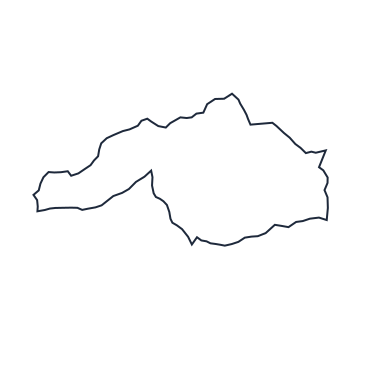 the district of Fernão, São Paulo, Brazil, rotated 47°
{"feature_id": "56859067B16110619340323", "entity_name": "Fernão", "entity_type": "district", "adm_level": 2, "iso_a3": "BRA", "parent_name": "Brazil", "parent_adm1": "São Paulo", "projection": "equal_earth", "projection_center": [-49.55, -22.377], "detail": "fine", "context": "isolated", "style": "outline", "palette": "slate", "viewbox_px": 384, "rotation_deg": 47, "n_neighbors": 0, "source": "geoboundaries", "source_scale": "gbopen_adm2", "svg_char_len": 1497}
<svg xmlns="http://www.w3.org/2000/svg" viewBox="0 0 384 384"><g transform="rotate(47 192 192)"><path d="M304.4,112.6L296.3,103.5L288.3,96.5L281.0,93.8L277.8,86.7L273.9,82.9L265.7,81.2L260.5,82.2L252.8,65.8L247.7,74.7L243.9,77.2L241.2,82.2L233.9,82.5L227.4,83.7L218.9,83.5L211.6,84.5L201.3,85.2L196.2,86.0L182.6,103.3L176.8,101.2L172.8,99.5L167.4,98.0L160.3,96.5L156.1,95.0L147.4,95.7L145.7,104.9L139.7,111.7L138.1,121.0L141.7,129.6L137.7,135.3L137.2,141.3L134.3,145.4L129.5,149.6L126.8,161.0L127.0,167.2L120.8,171.7L112.6,173.8L107.9,174.7L105.4,180.4L106.6,186.4L103.6,195.0L100.3,201.0L96.8,210.6L94.5,217.7L94.5,225.2L97.6,230.8L101.8,236.3L102.1,242.2L103.2,247.9L102.1,254.6L100.9,262.4L97.7,269.3L92.1,268.7L88.1,274.4L83.8,279.4L79.6,283.3L79.9,290.6L82.5,297.1L86.3,303.0L86.0,309.9L92.3,310.8L97.4,314.7L100.7,318.2L104.8,311.9L107.2,307.2L110.5,302.8L115.6,297.1L121.0,291.1L125.4,286.6L130.2,284.5L133.3,279.4L137.4,273.1L140.1,267.2L141.3,252.3L145.0,243.7L146.8,236.1L146.4,226.0L148.4,216.3L148.5,207.3L154.2,210.8L160.0,216.8L166.8,220.9L171.0,221.8L175.1,220.1L179.3,219.2L184.4,219.2L191.1,222.2L196.9,226.0L201.1,227.3L206.0,225.8L212.4,224.6L222.1,225.4L230.3,227.9L228.5,219.2L233.8,218.2L238.0,215.0L242.1,213.5L246.1,210.2L249.6,207.5L253.6,204.6L257.2,198.4L260.1,192.1L261.4,184.5L265.2,178.9L269.2,174.0L272.3,166.1L272.5,153.8L277.9,149.6L283.5,145.4L284.9,136.3L288.8,130.8L291.9,124.0L297.3,116.6L304.4,112.6Z" fill="none" stroke="#1e293b" stroke-width="2"/></g></svg>